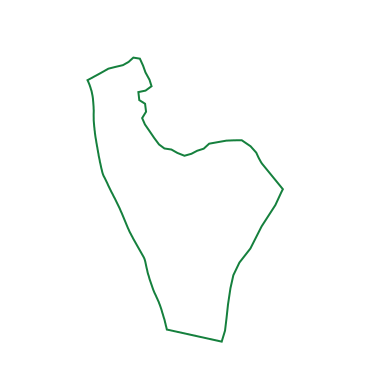 Chhuzagang, Geylegphug, Bhutan (Robinson projection), rotated 334°
{"feature_id": "84629894B88618838291424", "entity_name": "Chhuzagang", "entity_type": "district", "adm_level": 2, "iso_a3": "BTN", "parent_name": "Bhutan", "parent_adm1": "Geylegphug", "projection": "robinson", "projection_center": [90.512, 26.875], "detail": "fine", "context": "isolated", "style": "outline", "palette": "green", "viewbox_px": 384, "rotation_deg": 334, "n_neighbors": 0, "source": "geoboundaries", "source_scale": "gbopen_adm2", "svg_char_len": 2694}
<svg xmlns="http://www.w3.org/2000/svg" viewBox="0 0 384 384"><g transform="rotate(334 192 192)"><path d="M274.9,229.3L267.3,197.0L267.1,195.3L266.9,190.8L266.9,189.5L267.0,184.8L264.7,176.6L259.4,167.3L252.5,164.0L245.4,160.9L236.0,158.2L228.6,156.1L221.5,158.2L214.7,157.2L208.2,157.4L201.1,156.1L196.0,150.5L192.1,144.8L186.3,140.8L183.2,134.8L181.7,126.8L180.6,119.2L179.3,110.6L179.6,103.7L185.9,99.7L188.5,92.1L184.9,86.3L187.6,78.7L194.7,80.5L202.0,79.2L203.0,72.5L202.6,64.1L203.4,57.0L203.6,49.3L198.2,45.5L192.0,47.3L185.5,47.7L178.0,46.0L170.9,44.5L162.9,45.0L147.1,45.7L147.1,47.3L147.0,48.9L146.9,50.6L146.7,52.2L146.5,53.8L146.2,55.4L146.0,57.1L145.6,58.7L145.2,60.2L144.8,61.8L144.3,63.4L143.8,64.9L143.2,66.4L142.6,68.0L142.0,69.5L141.4,71.0L140.8,72.5L140.1,74.0L139.5,75.5L138.8,76.9L138.0,78.4L137.3,79.8L136.6,81.3L135.9,82.8L135.2,84.2L134.6,85.7L134.0,87.2L133.4,88.8L132.8,90.3L132.3,91.8L131.7,93.3L131.2,94.9L130.6,96.4L130.1,98.0L129.6,99.5L129.1,101.1L128.7,102.6L128.2,104.2L127.7,105.8L127.3,107.3L126.8,108.9L126.4,110.5L125.9,112.1L125.5,113.6L125.0,115.2L124.6,116.8L124.1,118.3L123.7,119.9L123.3,121.5L122.9,123.1L122.4,124.7L122.1,126.2L121.7,127.8L121.3,129.4L120.9,131.0L120.6,132.6L120.2,134.2L119.9,135.8L119.7,137.4L119.6,139.1L119.7,140.7L119.7,142.3L119.7,144.0L119.7,145.6L119.7,147.3L119.6,148.9L119.6,150.5L119.6,152.2L119.6,153.8L119.6,155.5L119.6,157.1L119.7,158.7L119.7,160.4L119.7,162.0L119.8,163.7L119.8,165.3L119.8,166.9L119.8,168.6L119.8,170.2L119.8,171.8L119.8,173.5L119.8,175.1L119.7,176.8L119.6,178.4L119.6,180.0L119.5,181.7L119.4,183.3L119.3,185.0L119.2,186.6L119.1,188.2L119.0,189.9L118.9,191.5L118.8,193.1L118.7,194.8L118.6,196.4L118.6,198.0L118.5,199.7L118.5,201.3L118.6,203.0L118.6,204.6L118.7,206.2L118.7,207.9L118.8,209.5L118.9,211.1L119.0,212.8L119.1,214.4L119.2,216.1L119.3,217.7L119.4,219.3L119.5,221.0L119.6,222.6L119.7,224.2L119.8,225.9L119.9,227.5L120.0,229.1L120.0,230.8L119.8,232.4L119.5,234.0L119.1,235.6L118.7,237.2L118.3,238.8L117.9,240.4L117.6,241.9L117.2,243.5L116.8,245.1L116.5,246.7L116.3,248.4L116.0,250.0L115.7,251.6L115.5,253.2L115.3,254.8L115.1,256.4L114.9,258.1L114.7,259.7L114.5,261.3L114.3,263.0L114.2,264.6L114.1,266.2L114.1,267.9L114.1,269.5L114.0,271.1L114.0,272.8L113.9,274.4L113.9,276.1L113.7,277.7L113.6,279.3L113.4,281.0L113.2,282.6L113.0,284.2L112.7,285.9L112.4,287.5L112.2,289.1L111.9,290.7L111.6,292.4L111.4,294.0L111.1,295.6L110.7,297.2L110.4,298.8L110.0,300.4L109.7,302.0L109.1,304.6L133.7,324.1L153.1,339.5L160.9,331.1L167.8,320.4L175.1,308.8L184.4,295.3L192.7,284.9L203.7,276.2L219.7,268.4L239.5,253.4L261.2,240.3L272.0,231.5L274.9,229.3Z" fill="none" stroke="#15803d" stroke-width="2"/></g></svg>